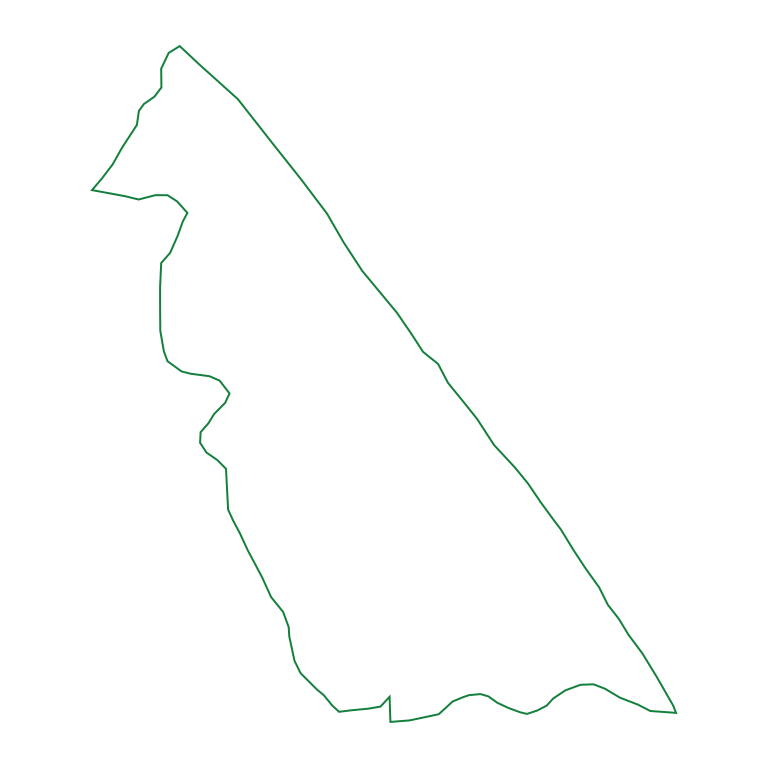 Khachmaz District, Xaçmaz, Azerbaijan
{"feature_id": "54616110B89497242950609", "entity_name": "Khachmaz District", "entity_type": "district", "adm_level": 2, "iso_a3": "AZE", "parent_name": "Azerbaijan", "parent_adm1": "Xaçmaz", "projection": "mercator", "projection_center": [48.762, 41.595], "detail": "fine", "context": "isolated", "style": "outline", "palette": "green", "viewbox_px": 768, "rotation_deg": 0, "n_neighbors": 0, "source": "geoboundaries", "source_scale": "gbopen_adm2", "svg_char_len": 1534}
<svg xmlns="http://www.w3.org/2000/svg" viewBox="0 0 768 768"><path d="M674.9,712.8L676.0,712.9L673.2,705.6L656.8,677.0L642.5,653.6L628.3,634.5L619.0,619.1L607.9,604.9L599.2,587.5L585.0,567.6L573.2,549.6L560.9,529.5L554.2,520.7L540.8,502.4L528.2,483.8L515.0,467.6L494.1,445.1L477.2,419.1L466.0,405.0L448.1,383.0L438.1,364.0L423.0,351.8L410.9,333.1L396.9,312.7L362.3,271.0L343.5,242.2L327.0,213.6L301.3,179.6L271.3,141.8L237.9,99.2L198.8,64.0L179.7,46.1L168.7,52.9L161.2,68.6L161.4,87.5L154.4,96.7L143.9,104.0L138.9,110.9L136.9,124.9L122.1,147.6L112.7,164.3L101.9,178.5L92.0,190.1L94.7,190.6L125.5,196.3L138.6,199.5L155.2,195.2L167.5,195.2L177.1,201.4L187.4,212.9L182.8,221.5L177.6,235.9L170.1,252.9L161.2,263.0L160.1,287.1L160.1,307.8L160.3,330.8L163.9,351.5L167.5,361.2L181.5,371.4L190.4,373.7L209.4,376.2L219.6,380.6L229.5,393.4L225.2,402.8L214.1,414.0L208.4,423.3L200.6,432.2L200.1,442.8L206.5,452.6L217.4,460.1L226.0,468.8L228.1,509.6L233.0,520.3L238.4,530.5L240.0,533.5L247.6,550.0L254.2,562.4L262.1,577.3L271.1,597.1L283.1,611.9L288.7,627.1L289.3,636.6L294.5,660.8L300.6,673.2L316.8,689.4L323.7,695.1L332.3,705.6L339.1,711.8L351.2,710.3L368.1,708.7L380.5,706.6L389.6,696.8L390.4,721.9L390.7,721.9L409.6,720.4L438.8,714.2L447.1,706.6L452.6,701.5L463.0,697.2L469.2,695.1L480.6,694.1L488.4,696.4L497.4,702.8L508.5,708.0L520.5,712.4L527.0,713.9L537.3,710.5L546.7,705.6L553.2,698.5L565.3,690.4L580.4,684.8L593.5,684.3L604.9,688.7L620.0,697.7L637.9,704.6L650.3,711.0L674.9,712.8Z" fill="none" stroke="#15803d" stroke-width="2"/></svg>